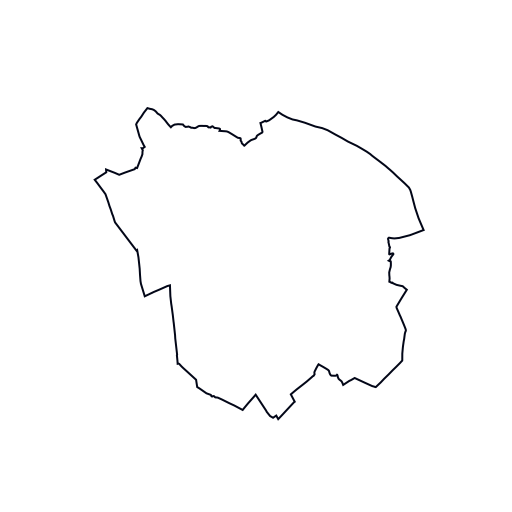 outline of Chau Thanh, Can Tho, Vietnam, rotated 28°
{"feature_id": "81297802B15585210216113", "entity_name": "Chau Thanh", "entity_type": "district", "adm_level": 2, "iso_a3": "VNM", "parent_name": "Vietnam", "parent_adm1": "Can Tho", "projection": "natural_earth1", "projection_center": [105.82, 10.223], "detail": "fine", "context": "isolated", "style": "outline", "palette": "ink", "viewbox_px": 512, "rotation_deg": 28, "n_neighbors": 0, "source": "geoboundaries", "source_scale": "gbopen_adm2", "svg_char_len": 5494}
<svg xmlns="http://www.w3.org/2000/svg" viewBox="0 0 512 512"><g transform="rotate(28 256 256)"><path d="M347.0,390.8L348.8,387.4L352.2,389.6L353.4,385.3L358.2,367.3L358.6,366.5L351.7,361.8L351.9,361.3L353.3,357.8L354.6,354.6L358.0,347.0L359.7,343.1L361.1,339.5L362.1,336.9L362.5,335.7L362.7,335.3L362.9,335.1L363.1,334.8L363.2,334.2L363.2,333.5L363.3,333.1L363.0,332.6L362.3,331.6L362.1,331.0L362.0,330.3L361.9,326.4L362.0,322.6L362.1,322.2L363.0,322.3L367.3,322.4L371.5,322.6L373.5,322.8L373.8,323.0L374.4,323.2L375.9,324.8L376.9,325.6L377.2,325.8L377.7,326.0L378.1,326.2L378.5,326.2L378.8,326.2L379.3,326.0L381.4,324.9L382.4,324.4L382.8,324.0L383.2,323.5L383.3,322.8L383.5,322.8L383.9,323.1L384.6,323.8L385.2,324.6L385.9,325.1L386.5,325.6L387.8,326.0L389.1,326.2L390.4,326.5L390.7,326.7L391.5,327.2L393.5,328.9L397.0,322.5L397.6,321.7L398.0,321.2L400.4,317.4L411.5,316.8L419.7,316.3L421.4,315.9L422.9,315.7L423.3,315.5L425.5,309.0L426.8,304.2L428.7,298.3L430.4,292.4L430.8,291.2L431.8,288.1L433.4,282.8L434.2,279.7L433.9,279.0L431.0,273.5L428.4,267.3L427.4,264.6L427.3,264.3L426.5,262.1L425.8,259.8L424.1,255.3L423.9,254.7L423.8,254.4L423.5,252.9L423.4,251.6L422.7,250.6L422.4,250.3L420.2,248.4L417.8,246.4L412.9,242.4L412.2,241.8L410.8,240.8L408.2,238.7L404.4,235.7L403.8,234.8L404.2,226.9L404.4,223.7L404.5,222.3L405.0,215.0L402.4,214.5L399.7,213.8L397.0,214.6L393.6,215.5L389.5,215.8L389.4,215.8L389.1,215.5L388.8,215.5L388.7,215.6L388.3,216.0L388.2,216.1L387.8,216.1L387.4,216.0L387.1,215.9L386.8,216.0L385.8,216.1L384.5,213.1L384.0,212.3L383.5,211.5L382.8,210.5L381.3,207.9L380.5,204.8L380.1,202.6L379.8,201.8L379.4,200.8L378.7,199.5L378.2,198.6L377.5,197.5L377.4,197.5L377.1,197.5L376.3,197.8L376.1,197.8L375.4,197.8L375.8,197.0L376.0,196.4L375.9,195.3L375.9,193.5L376.1,192.0L376.4,190.3L376.4,189.8L376.1,189.5L375.8,189.4L375.6,189.4L374.3,190.5L373.8,191.2L373.4,191.7L373.1,191.9L372.9,191.9L372.7,191.8L370.4,186.8L370.3,185.6L370.1,185.3L369.6,185.2L369.3,185.0L368.5,184.0L367.0,182.2L366.6,181.8L366.4,181.6L366.3,181.3L366.2,180.8L366.0,180.6L365.8,180.3L364.5,178.9L364.5,178.0L364.7,177.6L364.8,177.4L367.6,176.5L370.0,175.5L374.0,172.8L382.1,165.4L391.7,154.5L391.8,154.4L386.1,149.8L381.8,146.3L374.1,139.0L369.1,133.6L366.1,130.3L362.3,126.3L361.1,125.2L358.9,123.8L358.4,123.6L357.6,123.4L353.3,122.1L348.3,120.8L343.2,119.5L338.0,118.0L333.5,116.9L332.0,116.6L328.2,115.7L323.4,114.9L318.6,114.1L314.1,113.4L311.2,112.9L309.1,112.4L304.8,111.9L298.9,111.6L293.3,111.4L288.2,111.6L283.4,111.8L276.1,111.5L269.2,111.5L260.2,111.3L254.4,112.0L247.7,113.8L236.5,115.4L228.6,117.0L224.1,118.3L218.6,118.9L213.0,118.9L208.1,118.4L207.4,121.9L206.4,124.9L203.9,130.0L202.9,131.3L202.2,132.1L201.8,132.5L201.5,132.5L201.1,132.3L200.9,132.2L200.6,132.4L198.0,136.0L197.5,136.5L200.1,139.4L202.9,142.7L203.2,143.0L203.4,143.3L203.5,143.7L203.5,144.1L203.3,144.4L202.0,146.4L200.9,148.3L200.5,149.2L200.4,149.7L200.6,151.1L200.6,151.8L200.3,152.4L199.9,153.1L197.4,155.8L197.1,156.3L196.7,157.0L195.4,159.7L194.6,162.0L194.0,163.9L193.9,164.1L193.6,164.1L193.1,163.9L192.5,163.6L191.5,163.4L190.8,163.2L190.6,163.1L190.3,162.8L189.4,161.8L189.1,161.7L188.9,161.6L188.4,161.4L188.1,161.1L187.6,159.9L187.1,159.4L186.8,159.4L186.4,159.4L184.7,160.1L184.3,160.1L183.4,160.1L177.7,159.7L173.6,159.5L172.5,159.6L171.5,159.8L169.6,160.6L169.2,160.8L165.1,162.6L165.1,162.3L164.9,161.4L164.8,161.1L164.6,160.8L164.4,160.7L164.2,160.7L163.9,160.7L163.4,160.8L160.4,161.9L159.4,162.4L158.7,162.3L157.8,162.1L156.9,161.9L156.7,161.9L156.5,162.1L156.1,162.5L155.8,162.9L155.7,163.2L155.7,163.7L155.6,163.9L155.4,163.9L155.1,164.0L154.8,164.1L153.8,164.7L153.7,164.7L153.4,164.7L153.2,164.5L152.7,164.4L152.4,164.2L152.1,164.2L150.9,164.6L148.6,165.8L146.7,166.7L144.7,167.9L143.9,169.0L143.2,170.3L142.4,171.4L141.4,172.1L139.9,172.5L138.5,173.2L137.5,173.1L136.5,173.3L135.7,173.3L134.6,174.2L133.2,175.1L131.4,174.9L129.7,174.2L128.1,174.9L125.3,176.2L122.4,178.2L121.6,179.4L120.9,180.5L120.4,182.3L119.5,182.0L116.7,181.0L114.0,179.8L113.0,179.3L110.7,178.4L108.3,177.6L106.1,176.8L104.7,176.5L103.5,176.5L102.2,176.4L100.7,175.8L99.3,175.3L97.1,175.0L95.3,175.2L93.1,175.9L90.7,176.4L89.7,182.0L89.3,186.9L88.8,189.7L88.3,194.4L88.4,196.1L92.3,200.2L96.2,204.3L97.3,205.4L101.3,208.3L104.7,210.8L106.5,211.9L105.5,214.0L104.5,214.5L106.4,215.8L106.8,217.2L107.9,219.4L108.3,221.8L108.5,224.5L109.3,230.7L109.7,234.2L108.2,234.6L108.1,236.3L101.2,243.8L97.1,248.5L92.1,248.9L83.0,250.0L84.5,252.4L81.8,257.2L77.8,264.4L81.8,266.2L86.4,268.4L90.9,270.5L94.1,272.1L100.3,277.8L103.2,280.7L105.7,282.9L109.4,286.5L110.9,287.7L114.8,291.6L115.8,292.5L148.0,307.4L148.3,306.6L152.8,312.3L156.8,318.2L159.3,321.9L162.5,327.2L165.8,332.4L167.5,334.6L169.0,336.1L169.6,336.7L176.7,343.8L182.6,335.8L186.5,331.0L191.8,324.2L193.4,322.7L193.8,322.3L199.2,331.6L203.5,337.9L205.1,340.0L210.4,347.4L214.1,352.8L214.7,353.6L221.7,363.9L223.4,366.7L232.7,380.2L232.7,380.7L235.7,385.2L237.4,387.9L237.9,387.4L238.8,387.3L242.2,388.5L244.7,389.2L249.5,390.4L261.2,393.4L263.2,396.1L265.6,399.3L268.5,399.5L276.7,400.5L280.9,399.9L281.7,400.0L282.2,400.4L282.5,400.7L283.2,400.7L283.5,400.3L284.0,399.8L284.5,399.5L284.8,399.5L285.5,399.7L286.1,399.9L286.6,399.9L287.6,399.4L288.7,399.0L290.1,398.9L293.5,398.7L301.6,398.5L306.9,398.2L316.5,398.2L317.1,395.0L318.2,389.7L320.2,381.4L320.8,378.6L337.4,387.7L338.7,388.6L343.6,390.7L347.0,390.8Z" fill="none" stroke="#020617" stroke-width="2"/></g></svg>